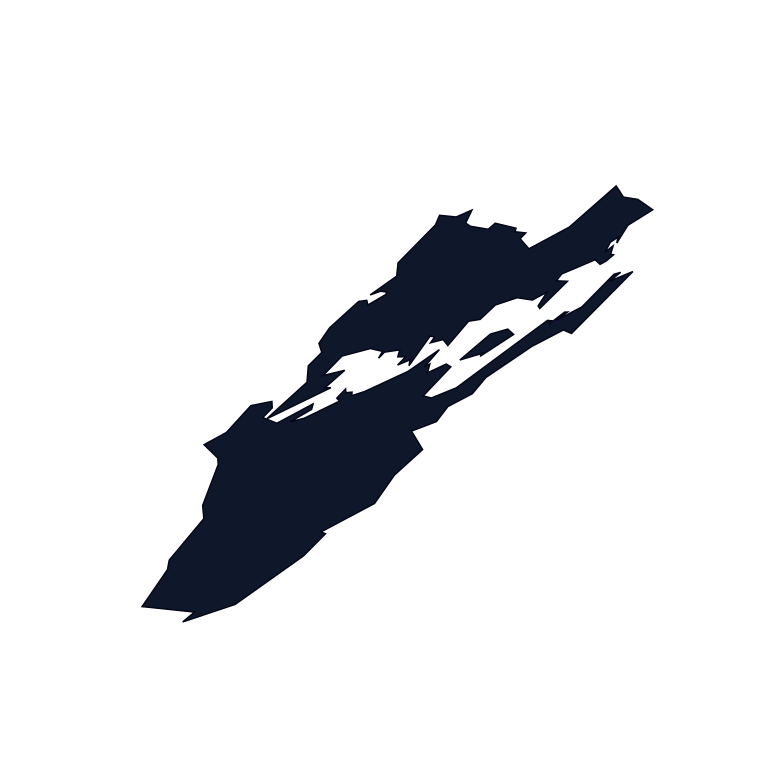 the district of Skodje nor, Møre og Romsdal, Norway, rotated 151°
{"feature_id": "86288312B6850280746884", "entity_name": "Skodje nor", "entity_type": "district", "adm_level": 2, "iso_a3": "NOR", "parent_name": "Norway", "parent_adm1": "Møre og Romsdal", "projection": "robinson", "projection_center": [6.603, 62.504], "detail": "medium", "context": "isolated", "style": "filled", "palette": "ink", "viewbox_px": 768, "rotation_deg": 151, "n_neighbors": 0, "source": "geoboundaries", "source_scale": "gbopen_adm2", "svg_char_len": 1932}
<svg xmlns="http://www.w3.org/2000/svg" viewBox="0 0 768 768"><g transform="rotate(151 384 384)"><path d="M675.4,273.5L621.1,263.4L537.7,272.7L507.8,281.4L510.9,285.2L450.2,284.1L419.0,299.3L382.0,308.0L382.8,329.5L356.4,325.7L339.1,333.3L311.4,332.7L291.7,340.3L236.5,345.2L201.0,344.3L195.5,337.3L111.8,361.7L136.8,364.6L122.9,366.9L129.6,368.5L173.5,355.5L202.5,356.1L188.5,357.9L191.1,359.3L210.8,356.4L206.7,358.0L210.2,360.4L322.7,345.6L349.3,348.8L355.5,354.6L317.2,366.6L319.9,371.3L340.6,372.7L334.2,379.3L340.5,379.4L318.9,387.2L356.9,383.4L404.5,386.8L417.8,389.4L415.9,392.4L421.5,394.8L420.0,398.3L432.2,394.5L431.1,390.6L470.1,392.7L484.4,396.4L459.6,396.9L455.7,401.0L496.7,401.6L506.3,413.4L493.3,417.3L490.5,423.1L510.9,429.6L545.4,418.0L570.8,418.2L565.3,399.8L568.0,394.0L601.5,365.7L606.8,353.6L657.2,334.1L663.4,326.6L703.5,306.6L660.3,276.4L675.4,273.5ZM253.6,504.6L261.9,498.2L313.0,483.1L320.6,472.2L352.9,468.6L342.0,466.8L336.8,462.9L339.2,461.4L359.8,460.9L358.5,465.5L366.1,468.5L404.4,459.5L421.2,451.1L423.1,441.8L441.4,436.6L450.5,422.9L503.5,410.4L432.3,406.5L437.4,409.4L411.7,415.0L433.2,421.0L407.2,428.8L378.7,421.6L369.5,413.3L376.2,409.2L368.1,411.6L353.7,406.2L358.8,401.1L351.9,397.3L362.9,394.0L349.4,392.5L353.3,387.9L320.5,403.5L316.8,400.6L323.4,397.5L310.8,394.2L309.5,386.7L279.6,397.9L268.6,393.9L248.3,399.1L225.7,394.9L213.5,385.5L197.0,385.3L211.4,377.5L211.2,374.5L173.8,384.9L183.2,390.7L175.2,394.1L139.1,390.3L137.0,383.9L130.4,383.8L120.6,385.7L122.8,387.7L116.6,393.8L126.8,392.1L117.3,398.3L108.2,399.0L112.1,394.4L93.7,404.6L64.5,406.1L72.5,422.4L84.0,431.4L84.9,444.7L145.8,431.4L191.7,432.0L194.5,445.1L186.8,447.4L195.6,453.7L193.0,456.3L208.8,470.7L217.8,468.8L232.0,480.1L234.5,485.2L222.8,493.5L239.9,495.1L253.6,504.6ZM286.5,361.6L246.6,364.5L249.1,372.0L266.7,376.1L306.0,368.2L283.3,363.2L286.5,361.6Z" fill="#0f172a" stroke="#020617" stroke-width="1.5"/></g></svg>